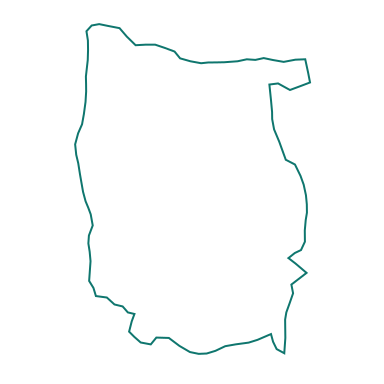 Paço do Lumiar, Maranhão, Brazil (Albers equal-area conic projection), rotated 94°
{"feature_id": "56859067B28423582121888", "entity_name": "Paço do Lumiar", "entity_type": "district", "adm_level": 2, "iso_a3": "BRA", "parent_name": "Brazil", "parent_adm1": "Maranhão", "projection": "albers", "projection_center": [-44.126, -2.504], "detail": "fine", "context": "isolated", "style": "outline", "palette": "teal", "viewbox_px": 384, "rotation_deg": 94, "n_neighbors": 0, "source": "geoboundaries", "source_scale": "gbopen_adm2", "svg_char_len": 1419}
<svg xmlns="http://www.w3.org/2000/svg" viewBox="0 0 384 384"><g transform="rotate(94 192 192)"><path d="M340.9,137.6L338.3,125.0L334.9,116.3L328.2,103.3L335.7,100.7L342.8,96.6L346.4,88.7L331.1,88.7L312.8,90.2L305.5,89.5L295.6,86.7L286.0,84.1L277.4,86.4L264.7,72.1L256.1,83.8L251.2,91.2L245.7,85.2L242.3,79.2L233.7,75.9L222.5,76.8L212.0,76.6L204.6,75.9L196.3,76.6L187.3,78.1L176.9,81.1L168.3,84.9L157.4,91.2L153.3,100.7L135.7,108.5L123.8,114.5L113.7,117.1L106.6,117.7L94.9,119.6L79.4,122.3L77.7,113.7L83.4,101.4L79.2,92.1L74.5,81.9L64.8,84.5L51.7,88.3L52.8,98.1L55.8,109.6L54.7,120.4L53.4,129.8L55.8,138.0L55.8,146.6L58.4,155.6L60.3,168.8L61.0,176.6L61.7,185.1L62.9,191.9L61.7,202.7L59.5,213.2L53.1,219.2L50.1,229.4L47.6,239.0L48.2,248.0L49.5,258.5L41.5,267.9L33.6,275.7L32.2,287.3L31.0,296.3L32.9,303.7L39.0,308.5L48.2,306.4L57.7,305.6L67.7,305.2L77.0,305.6L84.2,305.9L91.7,305.2L99.2,304.6L109.6,304.5L121.9,305.3L132.1,306.4L141.4,309.7L152.6,311.9L162.9,310.1L171.2,307.5L182.5,304.9L199.4,300.7L208.7,297.5L214.9,294.4L221.3,291.5L232.3,288.7L242.6,291.8L250.5,291.8L258.8,289.9L268.1,288.4L287.9,288.4L294.6,283.6L302.5,280.6L303.2,269.6L309.6,261.5L311.0,253.2L316.6,247.6L317.7,240.9L325.2,243.1L335.7,245.0L340.5,239.5L345.7,232.7L346.9,222.5L339.7,217.4L339.2,204.9L346.4,193.8L351.8,182.9L353.0,174.0L352.1,166.1L348.8,157.5L343.5,148.1L340.9,137.6Z" fill="none" stroke="#0f766e" stroke-width="2"/></g></svg>